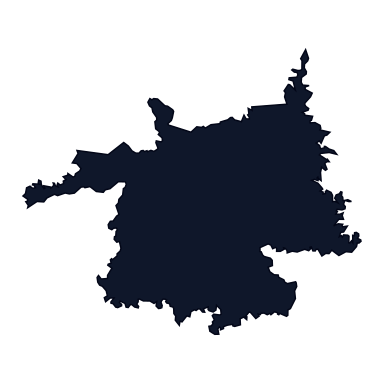 Guarapuava, Paraná, Brazil
{"feature_id": "56859067B420876687995", "entity_name": "Guarapuava", "entity_type": "district", "adm_level": 2, "iso_a3": "BRA", "parent_name": "Brazil", "parent_adm1": "Paraná", "projection": "albers", "projection_center": [-51.486, -25.326], "detail": "fine", "context": "isolated", "style": "filled", "palette": "ink", "viewbox_px": 384, "rotation_deg": 0, "n_neighbors": 0, "source": "geoboundaries", "source_scale": "gbopen_adm2", "svg_char_len": 6030}
<svg xmlns="http://www.w3.org/2000/svg" viewBox="0 0 384 384"><path d="M77.0,150.5L78.1,153.5L72.3,162.9L76.8,163.5L81.0,168.5L79.7,171.0L75.5,173.8L74.8,176.3L73.1,177.1L67.9,173.5L67.8,175.2L63.2,176.7L66.0,179.6L63.3,181.1L63.6,183.6L60.2,185.0L57.8,183.1L57.1,185.1L58.0,186.8L55.5,186.0L54.4,183.3L53.2,183.0L53.8,185.4L50.8,188.1L50.4,187.0L43.9,185.8L44.9,188.2L43.9,188.7L41.3,184.6L41.0,181.2L38.7,180.1L38.2,183.2L39.0,184.2L32.9,183.8L32.5,184.9L34.0,185.2L35.4,187.6L32.8,188.4L30.0,186.2L26.6,187.8L25.5,193.6L23.0,196.0L27.7,199.3L27.4,201.2L25.8,201.7L28.3,205.4L27.7,207.7L37.0,201.5L43.8,201.9L47.0,197.9L54.5,194.3L57.6,195.6L65.2,193.0L69.3,193.9L74.4,193.1L81.1,187.1L83.7,186.8L84.9,187.7L90.0,186.6L96.3,191.5L103.3,192.3L105.3,189.8L110.0,188.7L118.3,181.7L125.4,181.8L126.3,184.3L125.1,187.5L123.4,188.6L122.7,195.0L118.9,199.3L118.4,203.0L116.0,205.6L119.0,214.5L116.6,216.1L113.1,221.1L110.3,221.3L108.2,224.7L108.8,228.2L111.8,229.7L113.7,228.2L116.5,228.0L117.4,230.1L116.1,231.4L115.8,236.1L114.5,236.7L114.2,239.3L116.8,242.2L119.4,241.4L121.0,248.3L120.2,251.0L117.1,253.8L117.1,255.9L112.6,259.7L111.6,258.7L110.4,259.8L111.2,263.1L108.2,264.2L107.8,265.2L111.9,268.2L107.6,275.3L107.5,278.5L101.2,279.0L98.5,275.5L97.1,277.5L97.8,282.2L99.6,285.1L102.4,286.3L106.2,290.7L107.4,295.8L104.3,297.7L105.6,301.7L110.2,298.0L114.0,298.0L110.9,302.0L111.0,303.2L113.1,303.7L115.7,307.1L117.7,307.6L121.6,305.8L121.6,304.4L119.4,302.5L120.1,301.1L125.0,303.4L126.1,307.2L128.2,307.5L130.4,304.6L131.8,304.6L134.6,307.0L138.2,307.9L138.6,306.4L136.7,304.1L138.1,301.9L138.2,299.3L139.3,299.0L143.3,300.9L149.9,301.0L154.0,303.4L156.7,301.6L156.1,306.0L158.5,308.5L160.3,308.3L161.8,307.7L162.2,305.5L161.0,302.4L161.6,300.7L163.1,299.1L165.2,299.2L166.6,299.9L165.7,301.6L166.7,303.0L169.6,303.7L170.2,306.3L172.9,307.0L173.7,308.5L173.9,313.6L175.7,316.0L175.3,320.2L179.3,325.3L180.0,321.2L182.0,321.9L186.8,315.9L189.8,316.8L190.9,311.7L194.4,309.8L196.1,310.5L198.3,308.8L200.0,309.0L202.5,312.0L204.7,312.2L203.4,308.8L208.2,306.9L208.1,309.5L209.2,310.7L213.1,312.0L215.9,310.1L216.5,305.3L220.7,309.5L221.2,314.1L219.8,315.0L213.7,314.2L212.3,315.7L214.4,320.0L212.4,322.0L213.0,323.4L211.5,325.8L208.9,326.3L209.9,331.3L214.8,334.3L218.8,334.2L217.8,328.9L219.4,326.9L220.5,327.8L220.5,329.8L223.5,328.6L223.4,326.7L227.3,325.2L232.7,324.3L232.9,325.9L234.7,326.4L240.4,324.8L240.1,318.8L243.7,317.1L246.7,319.6L246.9,316.9L245.3,316.8L248.8,312.3L250.2,312.1L255.8,318.5L259.1,316.1L258.2,314.1L260.3,314.6L261.1,313.2L264.2,313.1L267.2,314.7L269.9,313.4L270.9,314.7L274.5,311.8L277.6,312.7L277.6,314.1L278.8,314.7L279.8,313.4L286.5,316.3L287.8,315.3L287.9,310.0L290.4,308.6L295.4,298.6L294.6,290.9L296.7,286.5L296.2,282.9L295.6,281.8L287.4,283.6L284.8,282.2L283.8,279.8L278.7,277.3L278.2,275.0L274.1,274.8L269.8,271.7L268.1,267.2L272.4,265.6L272.2,260.3L270.4,258.2L264.2,256.5L262.6,255.0L261.2,251.8L260.0,251.5L260.0,247.6L268.1,243.9L270.9,245.1L272.7,248.7L275.6,247.4L276.7,248.5L276.6,251.3L280.4,251.3L284.2,249.2L283.7,247.9L285.1,248.3L287.0,250.4L287.2,252.9L292.2,251.2L297.2,252.0L304.7,249.3L308.7,250.7L310.5,248.9L309.9,247.3L311.3,246.9L312.9,250.9L315.3,250.9L316.1,249.3L317.9,249.2L321.9,256.0L325.7,253.4L329.0,253.6L331.8,250.2L338.9,255.5L345.9,251.7L351.7,252.2L356.5,246.6L357.3,242.9L358.9,243.1L361.0,241.3L360.7,239.9L357.5,238.4L358.8,236.0L358.6,233.9L356.3,232.4L354.6,232.7L354.3,235.7L352.7,235.3L352.8,242.8L351.5,240.8L349.9,243.0L348.8,242.8L349.0,236.2L347.8,235.2L343.6,234.9L342.3,237.1L341.3,235.6L339.3,236.7L340.7,232.4L343.6,232.0L347.3,226.1L342.6,226.8L342.0,225.5L342.7,224.3L338.2,223.8L333.6,225.9L338.8,219.3L343.5,219.3L342.2,215.5L343.1,212.9L340.0,214.2L335.8,214.2L337.4,211.4L336.2,210.9L337.0,209.3L342.0,209.9L345.0,208.8L345.3,206.6L343.5,204.3L344.8,200.4L343.0,200.5L342.7,197.2L341.5,195.8L342.0,192.2L340.8,191.7L339.2,193.9L336.2,194.9L334.7,198.2L338.0,202.9L334.9,201.4L332.6,201.7L332.5,195.3L331.0,192.4L326.6,190.2L325.3,191.9L325.5,193.5L323.1,194.1L323.1,192.1L320.1,191.0L322.7,189.1L321.9,187.8L317.9,183.2L311.7,180.3L314.3,179.3L318.0,180.6L318.5,178.7L321.1,180.6L320.5,172.4L321.6,167.2L325.4,170.3L327.0,169.2L324.7,163.5L326.8,161.7L329.2,161.7L327.3,159.1L326.4,159.5L319.4,154.9L320.7,153.4L329.2,152.5L336.7,154.3L333.8,150.6L329.2,149.1L325.5,146.5L324.4,146.4L324.3,147.9L320.5,148.8L319.6,145.5L316.2,143.0L319.3,140.9L321.1,143.3L324.4,135.8L326.9,135.1L329.9,132.2L319.9,129.9L320.8,128.4L320.1,125.4L315.0,122.6L310.2,122.9L309.9,121.0L311.4,120.3L312.6,116.3L304.7,115.2L304.7,113.9L302.1,112.3L308.1,110.2L308.7,108.5L305.9,106.5L304.7,104.5L305.0,102.9L310.5,96.8L312.2,93.1L305.2,89.4L305.1,87.0L309.1,85.6L302.7,85.1L301.2,82.3L301.5,77.5L306.2,74.0L306.4,71.6L304.3,68.0L304.5,64.1L307.7,60.8L308.5,58.3L305.6,49.7L300.7,58.7L302.0,60.6L301.9,69.2L300.4,70.4L297.8,70.5L292.8,69.2L291.8,70.0L294.3,72.1L297.1,72.4L297.9,74.9L296.8,77.2L289.2,77.8L288.9,79.6L293.1,81.0L295.4,90.2L289.7,84.7L288.3,84.5L284.1,90.9L285.5,92.8L284.6,96.9L287.0,104.2L251.8,106.9L252.1,110.4L248.2,108.4L248.9,113.9L247.7,114.9L249.3,117.2L249.3,119.0L246.1,118.9L244.0,115.2L241.4,121.7L234.6,119.9L232.2,117.4L230.4,117.6L227.8,119.8L220.4,122.0L219.9,123.7L211.0,124.7L205.3,128.1L203.3,126.4L201.5,127.4L196.8,126.8L191.0,132.2L168.4,125.0L167.9,123.6L171.3,120.5L172.3,117.8L173.6,111.4L172.7,109.8L167.6,106.2L164.9,105.8L157.6,99.0L153.7,98.6L151.9,99.8L149.9,98.6L147.9,102.2L149.5,105.9L152.0,107.8L152.8,111.9L156.7,117.5L156.7,120.1L154.9,121.7L155.7,128.8L159.0,131.4L159.5,132.8L158.3,134.5L162.1,137.8L162.5,140.7L161.2,141.9L156.3,140.9L155.9,142.7L158.1,148.4L157.1,149.4L154.0,151.4L150.9,150.4L147.6,151.7L147.0,150.7L144.4,151.6L143.2,150.5L141.2,150.8L138.9,153.2L135.7,153.1L132.0,150.9L128.3,146.0L123.7,142.5L108.1,154.7L77.0,150.5ZM318.5,178.7L317.1,178.0L317.9,177.1L318.5,178.7ZM344.8,200.4L348.9,201.6L351.4,201.5L347.8,199.7L344.8,200.4Z" fill="#0f172a" stroke="#020617" stroke-width="1.5"/></svg>